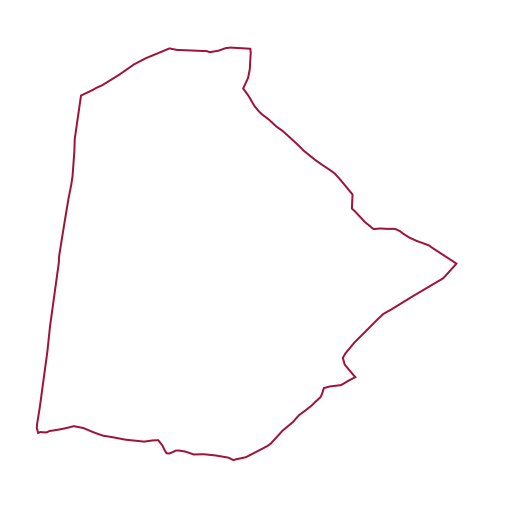 the district of Al-Daur, Sala ad-Din, Iraq, rotated 96°
{"feature_id": "34846034B11462984737824", "entity_name": "Al-Daur", "entity_type": "district", "adm_level": 2, "iso_a3": "IRQ", "parent_name": "Iraq", "parent_adm1": "Sala ad-Din", "projection": "equal_earth", "projection_center": [44.202, 34.56], "detail": "fine", "context": "isolated", "style": "outline", "palette": "rose", "viewbox_px": 512, "rotation_deg": 96, "n_neighbors": 0, "source": "geoboundaries", "source_scale": "gbopen_adm2", "svg_char_len": 1769}
<svg xmlns="http://www.w3.org/2000/svg" viewBox="0 0 512 512"><g transform="rotate(96 256 256)"><path d="M366.1,144.5L363.8,147.1L354.8,156.4L348.2,159.0L343.5,156.9L331.8,149.1L319.7,139.3L306.9,129.0L300.3,123.3L294.4,115.0L293.6,114.0L280.0,96.4L265.7,77.1L258.6,67.5L243.7,56.6L242.6,55.9L229.9,80.7L227.3,85.3L224.2,97.9L221.6,105.5L218.5,111.8L216.2,115.5L214.6,120.2L214.6,121.8L215.3,128.1L215.6,134.9L216.9,142.0L210.8,151.3L201.3,162.2L198.8,165.6L192.1,166.0L184.8,166.4L172.4,179.0L165.8,186.2L163.6,189.9L157.8,200.9L154.3,207.2L146.4,219.4L141.6,225.3L135.6,233.3L128.9,242.5L125.1,249.3L118.8,257.7L114.3,265.2L111.5,268.6L107.0,273.2L97.2,280.4L90.8,286.3L83.5,283.8L79.7,282.5L70.8,281.7L63.2,282.1L54.3,282.5L50.5,283.3L50.8,290.9L51.4,303.1L52.4,307.8L55.8,314.9L58.1,323.3L57.4,326.3L59.3,356.2L58.6,363.8L66.2,377.7L70.7,386.1L78.3,397.5L90.0,411.0L102.4,427.0L105.5,432.4L107.7,435.4L114.7,446.8L158.6,448.5L170.6,447.6L195.7,446.8L204.6,447.2L218.6,448.5L247.2,450.2L276.7,451.8L283.1,451.4L347.3,453.5L373.0,453.5L402.2,454.4L428.9,455.2L445.1,456.1L449.6,456.1L454.8,454.2L453.6,452.0L453.6,448.8L453.2,445.6L451.6,443.0L450.8,439.7L449.2,433.9L447.9,429.6L445.9,423.7L444.3,419.5L445.1,409.8L448.3,399.2L449.9,392.8L450.7,389.0L451.1,381.0L452.3,366.6L452.3,356.4L452.3,347.9L450.2,339.4L449.4,334.0L454.3,329.2L457.9,327.1L461.5,324.4L461.5,321.8L459.9,318.6L457.9,315.4L457.5,312.2L457.9,305.7L459.9,297.2L458.6,287.1L458.6,281.7L458.6,275.3L459.4,262.5L461.3,257.1L460.2,254.4L459.4,251.8L457.1,244.9L444.1,225.2L441.2,221.8L426.9,211.3L417.4,202.0L409.8,196.6L404.4,190.7L398.7,184.8L395.5,182.3L389.8,177.2L386.6,176.0L380.3,174.7L378.1,169.2L375.5,157.9L370.1,150.7L366.1,144.5Z" fill="none" stroke="#9f1239" stroke-width="2"/></g></svg>